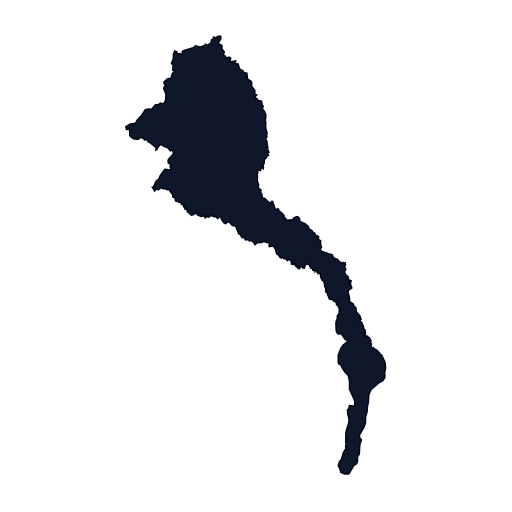 the district of Isnos, Huila, Colombia, rotated 178°
{"feature_id": "7082276B76225783159695", "entity_name": "Isnos", "entity_type": "district", "adm_level": 2, "iso_a3": "COL", "parent_name": "Colombia", "parent_adm1": "Huila", "projection": "equal_earth", "projection_center": [-76.283, 2.067], "detail": "fine", "context": "isolated", "style": "filled", "palette": "ink", "viewbox_px": 512, "rotation_deg": 178, "n_neighbors": 0, "source": "geoboundaries", "source_scale": "gbopen_adm2", "svg_char_len": 6137}
<svg xmlns="http://www.w3.org/2000/svg" viewBox="0 0 512 512"><g transform="rotate(178 256 256)"><path d="M357.2,328.4L355.0,324.5L353.9,326.4L351.2,325.6L348.0,327.8L346.8,326.6L343.3,326.1L342.5,325.3L341.0,325.7L337.1,320.2L337.0,317.9L334.8,316.8L334.5,313.9L328.9,311.6L328.7,310.6L326.6,308.9L326.2,307.2L325.3,307.1L325.4,305.3L323.4,305.6L323.3,303.0L318.9,298.9L314.1,301.1L312.7,298.9L309.5,297.4L306.5,297.9L305.4,295.9L304.0,297.3L301.9,296.4L299.3,298.2L297.0,296.8L294.6,296.6L292.9,294.8L291.9,295.5L291.0,297.2L290.2,297.3L289.0,293.3L286.4,289.8L285.0,289.4L283.5,290.8L281.8,291.2L278.7,287.4L275.3,286.6L272.5,278.8L271.9,278.2L270.6,278.5L270.4,276.8L269.5,274.9L267.3,275.0L266.0,272.4L264.1,272.8L262.2,271.4L259.5,271.3L257.5,269.1L256.7,267.4L254.0,269.3L249.4,269.3L247.8,270.4L244.2,268.9L242.4,269.0L242.4,264.9L238.9,265.4L238.0,264.8L236.2,261.8L235.3,257.4L234.0,256.8L233.3,255.5L232.5,255.5L232.3,254.0L230.7,253.1L230.7,254.4L230.3,254.6L229.7,253.8L229.0,254.0L228.3,252.6L227.3,253.5L227.3,252.4L225.6,251.6L224.9,250.3L223.8,251.1L222.0,250.9L220.8,248.9L220.9,246.7L219.4,246.4L218.8,247.5L217.6,247.6L217.4,246.8L218.0,246.1L216.4,245.8L216.6,244.3L215.9,243.8L215.3,244.2L214.9,243.2L213.6,243.3L214.6,242.6L214.4,242.1L213.0,241.8L212.9,242.8L211.2,243.9L208.9,243.8L209.8,242.5L207.9,242.3L207.7,243.9L206.0,246.5L203.0,245.3L202.7,244.0L201.8,243.5L201.9,242.0L200.4,242.1L199.6,239.7L198.2,239.6L197.7,238.4L197.1,239.7L196.5,239.8L195.6,238.5L194.5,238.7L194.4,238.0L195.2,237.4L194.4,236.9L194.4,236.0L192.5,236.6L191.9,235.5L192.3,234.1L192.0,232.4L190.7,229.4L190.2,229.5L188.8,227.4L188.4,222.9L187.5,221.9L187.6,217.7L185.8,217.0L186.1,215.9L184.1,210.4L180.9,209.7L179.6,208.0L178.5,208.4L178.1,207.2L177.3,206.5L177.2,204.6L175.6,203.0L174.6,200.5L174.9,195.7L176.9,193.2L176.9,190.2L177.7,189.2L178.5,186.1L178.5,179.0L178.0,177.0L176.7,175.1L174.4,175.4L173.0,174.6L170.0,169.7L166.6,167.8L171.9,164.0L174.6,160.4L177.3,154.0L177.5,147.0L176.7,144.9L175.4,145.2L174.2,142.0L171.4,137.2L167.8,133.1L166.9,127.2L167.2,119.6L163.0,109.5L162.5,107.6L162.4,103.9L163.5,102.5L167.8,103.3L168.6,100.4L170.0,99.0L169.7,94.1L168.8,90.2L168.9,87.6L169.4,85.1L171.7,79.0L172.4,75.5L172.8,67.3L172.5,64.7L173.1,62.2L173.0,60.2L175.6,56.4L177.7,49.8L179.6,47.9L181.1,43.7L179.4,39.8L178.8,36.8L174.9,35.0L170.8,35.0L165.6,43.1L162.9,44.8L161.9,46.4L161.4,52.2L159.7,54.4L158.8,63.9L157.3,68.0L157.3,69.3L158.9,70.7L158.9,73.4L154.2,80.9L152.5,84.9L152.1,91.3L150.2,97.2L150.3,99.5L148.7,106.9L148.1,113.5L145.6,118.6L137.3,125.2L133.3,127.2L131.4,130.4L131.3,133.2L131.7,134.0L130.4,139.4L130.8,145.3L133.9,152.7L136.0,153.7L135.9,155.2L137.3,155.6L137.7,157.1L139.1,157.6L139.5,158.5L140.5,158.4L141.9,160.2L142.6,159.4L143.8,159.8L143.8,161.6L144.7,162.6L143.6,164.0L144.9,166.0L144.0,167.0L144.7,168.7L145.3,168.5L145.5,170.4L146.7,170.7L147.2,172.0L149.3,172.3L150.0,171.4L150.7,172.0L150.9,173.7L149.7,173.6L149.3,174.2L149.4,176.8L149.8,178.4L150.7,179.1L151.5,183.2L152.9,186.3L154.3,186.4L154.3,187.9L153.1,189.4L154.0,190.5L154.1,192.3L157.6,196.5L158.0,200.7L160.2,203.1L160.5,204.8L163.8,206.8L164.2,211.9L165.2,216.6L164.9,218.4L161.4,220.7L161.7,222.3L162.6,223.2L162.3,224.2L163.4,225.3L162.4,226.0L161.8,227.9L164.5,229.2L164.6,231.7L165.3,232.7L166.0,232.6L168.3,237.0L166.6,239.5L167.9,241.9L166.9,244.2L167.2,246.1L169.1,245.9L169.5,246.6L170.3,245.8L172.2,246.9L174.9,249.9L178.7,251.4L179.4,254.0L180.1,254.8L184.4,255.9L185.8,257.0L187.3,256.9L188.6,258.0L189.7,257.5L191.6,260.9L190.2,262.5L191.1,265.5L190.9,269.0L193.1,270.4L192.8,273.1L193.7,273.9L194.4,273.5L196.0,275.1L196.7,277.0L198.0,277.2L199.0,279.2L202.4,281.6L202.5,283.3L203.6,284.8L205.1,285.1L205.4,286.3L211.0,289.1L211.2,292.1L212.9,293.8L214.6,293.9L215.9,292.8L217.1,292.7L218.0,290.9L224.2,290.7L225.1,292.7L226.3,292.3L226.5,295.4L229.6,299.0L231.1,299.6L232.0,302.2L232.5,302.5L234.1,301.6L235.2,302.4L237.5,309.9L238.1,310.2L239.4,308.4L242.3,309.9L245.1,313.2L247.7,313.9L248.1,318.0L249.3,319.6L248.6,321.6L251.4,324.2L250.9,327.2L252.0,330.4L251.8,336.3L252.2,338.0L251.3,339.1L251.3,341.4L250.9,342.0L248.4,341.3L247.5,345.0L245.7,343.0L245.4,344.0L245.9,346.0L244.8,347.9L244.1,352.2L241.9,354.2L241.7,355.8L240.0,356.1L241.2,359.0L239.5,359.1L239.9,360.8L241.1,361.8L240.3,364.0L241.0,366.6L241.0,370.1L242.2,372.3L241.9,373.7L240.9,374.5L241.2,377.5L240.6,378.5L241.7,382.7L241.8,385.1L241.6,389.7L242.0,390.6L241.2,396.7L242.6,400.3L244.6,403.0L243.6,405.4L244.7,407.3L245.0,410.3L245.9,411.0L248.2,410.9L249.2,412.7L251.4,414.5L251.4,415.3L249.7,416.9L251.7,418.2L251.3,421.2L254.4,425.8L254.3,429.8L255.3,431.3L257.5,432.4L258.3,433.9L258.8,439.1L261.6,439.5L262.7,441.6L265.9,443.5L267.2,448.6L269.1,448.6L269.9,449.3L269.6,451.8L274.6,450.7L275.0,452.2L274.4,454.2L274.7,455.0L276.1,455.7L278.7,454.7L279.6,456.7L281.6,457.7L280.6,461.0L282.8,464.2L282.7,467.5L284.1,468.6L285.2,468.1L285.7,469.3L285.6,471.3L283.6,474.3L283.5,476.4L284.0,477.0L286.2,477.0L288.7,475.3L290.7,476.3L291.2,474.5L293.0,473.6L293.3,470.9L296.9,468.2L299.2,469.4L299.6,468.4L304.4,466.7L309.1,468.2L311.3,466.4L320.9,463.9L322.6,462.9L322.4,460.3L322.9,459.6L324.7,460.9L327.3,460.7L328.2,462.9L330.0,463.7L331.4,460.9L331.8,455.7L333.8,451.6L332.2,449.5L332.7,444.5L331.4,443.9L331.2,442.7L333.1,441.5L334.9,436.5L338.1,436.3L341.8,433.2L341.7,431.2L340.5,429.3L342.1,427.9L342.4,426.4L340.3,420.9L340.9,415.1L342.5,411.8L343.3,411.4L346.4,412.1L348.4,410.5L351.2,410.7L355.6,405.9L357.1,406.7L361.4,406.2L365.8,400.1L370.0,395.9L371.7,392.9L377.3,392.2L381.6,389.8L381.0,386.9L378.0,387.3L377.9,380.8L376.8,379.3L374.1,377.3L369.7,376.7L368.4,378.0L366.4,378.4L364.8,377.7L363.1,375.8L361.1,376.4L359.7,373.8L358.5,373.4L352.7,368.4L352.0,367.0L352.3,365.4L350.8,366.3L350.7,367.9L349.5,368.4L348.7,370.3L346.1,370.5L344.6,369.0L340.6,367.4L337.8,364.0L336.6,365.1L335.5,364.1L334.8,361.3L340.2,355.5L340.6,354.1L340.4,352.1L338.5,351.0L338.5,347.5L337.9,346.6L338.7,344.9L344.0,345.9L349.2,339.3L350.1,336.7L353.2,334.3L356.1,328.5L357.2,328.4Z" fill="#0f172a" stroke="#020617" stroke-width="1.5"/></g></svg>